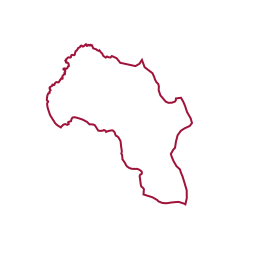 Manakhah, Sana'a, Yemen, rotated 330°
{"feature_id": "15242507B46989260913803", "entity_name": "Manakhah", "entity_type": "district", "adm_level": 2, "iso_a3": "YEM", "parent_name": "Yemen", "parent_adm1": "Sana'a", "projection": "orthographic", "projection_center": [43.649, 15.071], "detail": "fine", "context": "isolated", "style": "outline", "palette": "rose", "viewbox_px": 256, "rotation_deg": 330, "n_neighbors": 0, "source": "geoboundaries", "source_scale": "gbopen_adm2", "svg_char_len": 5445}
<svg xmlns="http://www.w3.org/2000/svg" viewBox="0 0 256 256"><g transform="rotate(330 128 128)"><path d="M108.2,193.3L114.6,200.3L117.4,205.2L117.7,206.8L119.1,208.6L120.5,210.3L123.7,212.4L127.5,213.9L130.8,215.3L134.9,217.3L138.5,221.2L139.5,222.8L143.8,218.2L147.7,211.3L149.6,203.4L151.0,197.3L151.0,197.2L151.6,192.6L152.3,189.9L150.9,185.3L150.9,182.5L150.9,179.3L151.5,174.6L152.1,171.9L156.8,169.2L158.8,168.7L162.7,163.8L167.3,159.1L172.4,156.8L177.0,156.6L180.2,156.9L182.5,157.1L183.2,156.8L185.9,155.7L187.1,151.0L187.1,143.7L187.6,141.5L187.7,140.8L188.4,137.7L188.8,134.6L189.0,133.0L189.0,128.3L184.3,126.4L183.1,128.0L181.7,128.6L178.6,128.0L175.6,126.4L173.9,124.1L172.5,116.6L172.4,115.8L173.4,110.8L173.5,110.7L174.5,108.9L175.5,107.5L176.2,105.1L175.5,102.2L175.7,99.0L175.8,98.7L176.2,97.0L176.2,96.8L176.6,92.8L173.3,84.9L172.8,83.7L174.1,76.0L170.0,78.1L165.4,78.1L164.6,77.4L156.5,70.0L153.9,67.7L153.0,61.8L150.0,57.6L148.2,58.2L146.6,57.1L145.6,55.6L143.9,55.9L142.6,53.0L142.9,50.8L142.3,48.8L142.1,46.4L141.2,46.5L140.2,45.3L139.9,44.1L137.7,41.6L138.1,38.9L138.1,38.2L137.9,38.1L137.5,38.1L137.5,37.9L137.5,37.7L137.4,37.5L137.3,37.3L137.2,37.2L136.9,37.2L136.7,37.3L136.4,37.5L135.9,37.3L135.9,36.8L135.6,36.5L135.3,36.2L134.9,36.3L134.4,36.4L134.0,36.5L133.8,36.4L133.5,36.3L133.5,36.2L133.4,35.9L133.3,35.4L133.3,35.1L133.5,35.0L133.7,34.7L133.4,34.4L132.9,34.5L132.5,34.6L132.0,34.7L131.5,34.8L131.1,35.0L130.7,35.1L130.1,35.0L129.7,34.9L129.3,34.7L129.2,34.2L129.2,33.8L129.0,33.4L128.6,33.2L128.2,33.2L127.7,33.3L127.3,33.6L127.0,33.8L126.5,34.0L126.1,34.0L125.6,33.9L125.2,33.8L124.7,33.9L124.2,34.1L123.8,34.6L123.4,34.8L123.0,34.9L122.5,35.2L122.1,35.3L121.6,35.2L121.2,35.2L120.8,35.5L120.5,35.8L120.2,36.1L119.9,36.3L119.5,36.7L119.2,37.1L118.9,37.4L118.6,37.8L118.2,38.0L117.8,38.0L117.4,37.9L117.1,37.6L116.8,37.2L116.4,36.9L116.0,36.7L115.6,36.6L115.2,36.8L114.8,37.1L114.5,37.5L114.2,37.8L113.9,38.1L113.5,38.2L113.1,38.1L112.4,37.5L112.0,37.2L111.7,37.0L111.3,37.0L110.9,37.0L110.2,37.3L109.5,37.5L108.9,37.6L108.5,37.6L108.2,37.9L107.9,38.1L107.7,38.2L107.5,38.3L107.7,38.7L108.0,39.1L108.0,39.5L107.6,39.7L107.4,39.7L107.2,39.7L107.1,40.2L107.3,40.6L107.7,40.9L108.0,41.2L108.3,41.5L108.6,41.9L108.7,42.3L108.6,42.7L108.6,42.8L108.5,43.2L108.3,43.6L108.0,43.9L107.9,44.3L107.9,44.7L107.4,44.9L107.0,44.8L106.6,44.8L106.3,45.1L106.0,45.3L105.7,45.6L105.3,45.8L104.8,45.9L104.7,45.9L104.4,45.9L104.1,45.6L103.8,45.4L103.4,45.1L103.1,44.9L102.7,44.6L102.3,44.4L101.9,44.4L101.5,44.6L101.4,45.0L101.6,45.4L101.9,45.7L102.1,46.1L102.4,46.5L102.3,46.9L101.9,47.3L101.9,47.7L101.6,48.0L101.3,48.2L100.8,48.2L100.5,48.6L100.7,48.9L100.7,49.3L100.5,49.7L100.1,49.9L99.7,49.8L99.3,49.7L99.0,49.7L98.8,49.7L98.1,50.0L97.7,50.2L97.2,50.3L96.9,50.6L96.6,51.0L96.5,51.9L96.2,52.3L95.9,52.6L95.5,52.4L95.3,52.1L95.1,51.7L94.6,51.7L94.3,51.9L93.9,52.2L93.5,52.5L93.1,52.5L92.7,52.6L92.0,53.2L91.6,53.5L91.2,53.6L90.7,53.7L90.3,53.6L90.0,53.4L89.7,53.1L89.4,52.7L89.0,52.5L88.6,52.4L88.2,52.5L87.7,52.5L87.3,52.7L87.0,52.9L86.6,53.1L86.3,53.4L85.8,53.8L85.3,53.8L84.9,53.6L84.7,53.2L84.6,52.8L84.2,52.7L83.9,53.0L83.6,53.4L83.2,53.5L82.8,53.6L82.4,53.6L82.0,53.6L81.5,53.5L81.1,53.5L80.6,53.6L80.3,53.8L80.2,54.1L80.1,54.7L79.7,54.9L79.7,55.4L79.9,55.7L79.9,56.2L79.8,56.6L79.4,56.7L78.5,57.1L78.1,57.3L78.0,57.7L77.9,58.1L77.6,58.4L77.2,58.5L76.8,58.4L76.4,58.2L76.0,58.3L75.6,58.6L75.3,58.8L75.0,59.1L74.6,59.4L74.3,59.8L74.0,60.1L73.4,60.8L73.1,61.1L72.8,61.5L72.5,62.0L72.3,62.3L72.0,62.7L71.7,63.1L71.6,63.5L71.7,63.9L71.9,64.3L72.1,64.7L72.1,65.1L71.8,65.4L71.4,65.6L71.0,65.8L70.8,65.9L70.6,66.0L70.3,66.3L70.0,66.7L69.8,67.1L69.7,67.2L69.6,67.6L69.4,68.1L69.2,68.5L69.0,69.0L68.9,69.5L68.6,70.0L68.5,70.4L68.5,70.9L68.3,71.4L68.2,71.9L68.1,72.0L68.1,72.4L68.0,72.9L67.9,73.3L67.8,73.8L67.7,74.3L67.6,74.8L67.5,75.3L67.4,75.7L67.3,76.2L67.2,76.6L67.1,77.0L67.1,77.5L67.0,78.0L67.0,78.5L67.0,79.0L67.0,79.4L67.0,79.9L67.1,80.3L67.1,80.8L67.1,81.3L67.1,81.7L67.1,82.2L67.1,82.6L67.2,83.1L67.2,83.5L67.2,83.9L67.2,84.3L67.3,84.8L67.3,85.2L67.3,86.6L67.3,87.1L67.4,87.6L67.5,88.0L67.6,88.4L67.7,88.8L67.8,89.3L68.0,89.7L68.2,90.2L68.4,90.6L68.5,90.9L68.6,91.1L68.8,91.5L69.0,91.9L69.1,92.1L69.2,92.3L69.4,92.6L69.7,93.1L69.8,93.3L69.9,93.5L70.1,93.9L70.9,93.5L72.1,93.2L73.8,92.8L75.8,93.3L76.9,94.9L78.0,94.9L78.7,94.9L79.0,93.1L80.0,93.1L82.0,93.6L83.6,92.0L85.2,91.2L87.2,92.0L89.3,94.0L92.2,97.2L93.2,98.5L95.6,102.3L95.9,103.5L96.4,105.5L98.7,106.9L98.9,107.1L99.3,107.3L100.6,108.8L100.8,111.4L100.9,115.4L103.0,116.9L104.8,117.7L106.1,117.7L107.1,119.0L107.1,120.5L108.2,120.5L110.8,121.2L111.3,121.3L113.4,122.3L114.1,123.9L114.2,125.2L114.2,125.5L113.8,127.3L113.7,128.1L113.7,128.6L114.4,129.6L115.0,131.2L115.0,133.3L115.0,135.6L114.3,137.2L112.9,140.3L111.8,143.1L110.9,145.3L109.4,146.9L109.4,148.5L107.5,152.5L107.6,152.8L107.8,155.5L107.9,156.4L107.9,157.6L107.7,158.6L107.8,159.7L107.8,160.1L108.1,161.1L108.8,162.7L109.5,163.7L110.0,164.3L110.8,165.1L111.7,165.8L112.3,166.2L113.1,166.5L114.0,167.2L115.0,167.7L115.3,167.8L116.0,168.6L116.6,169.3L117.5,171.0L118.0,172.4L117.9,173.2L117.2,174.3L116.6,174.7L116.3,174.6L115.2,174.5L114.3,175.2L113.7,176.1L113.4,177.1L113.0,178.2L112.5,179.2L112.1,180.2L111.7,181.2L111.6,181.3L111.2,182.3L110.8,183.4L110.6,183.9L110.4,184.4L110.3,185.5L110.8,186.6L111.1,187.7L111.2,188.9L108.2,193.3Z" fill="none" stroke="#9f1239" stroke-width="2"/></g></svg>